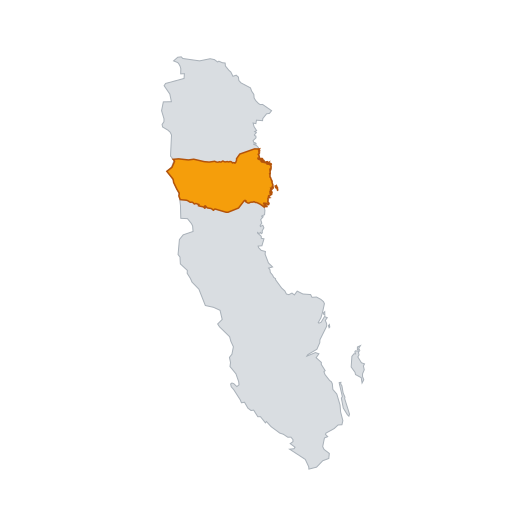 Sweden, with Västerbotten highlighted, rotated 325°
{"feature_id": "SWE-192", "entity_name": "Västerbotten", "entity_type": "County", "adm_level": 1, "iso_a3": "SWE", "parent_name": "Sweden", "parent_adm1": "", "projection": "orthographic", "projection_center": [19.633, 64.883], "detail": "fine", "context": "in_parent", "style": "filled", "palette": "amber", "viewbox_px": 512, "rotation_deg": 325, "n_neighbors": 0, "source": "natural_earth", "source_scale": "10m", "svg_char_len": 9459}
<svg xmlns="http://www.w3.org/2000/svg" viewBox="0 0 512 512"><g transform="rotate(325 256 256)"><path d="M164.6,347.9L165.4,352.0L168.2,351.8L169.7,349.1L172.0,341.0L171.3,331.6L174.0,328.7L176.1,323.8L179.9,322.7L185.4,317.4L186.5,311.4L188.1,307.0L185.5,293.1L185.6,289.7L191.9,288.6L195.4,279.9L191.8,273.7L186.1,267.5L190.2,250.4L188.6,240.7L189.4,236.8L189.7,230.7L191.5,228.4L189.5,219.1L193.1,213.3L193.0,210.1L202.7,198.6L208.5,196.9L218.5,199.8L221.3,195.1L221.7,192.4L221.3,186.1L216.0,182.0L223.1,171.3L228.7,160.8L230.4,150.3L231.9,145.8L231.6,135.4L237.8,134.7L243.6,130.8L243.3,125.1L256.2,108.4L256.7,105.4L256.0,102.3L253.5,96.8L254.5,94.4L257.6,93.2L259.3,90.9L262.0,82.8L268.5,76.6L275.2,81.1L278.3,73.9L278.4,63.8L280.9,62.8L298.9,69.3L301.9,65.6L298.8,63.6L301.8,59.5L302.7,57.0L303.0,54.1L302.8,52.6L300.4,48.9L305.9,48.3L309.0,50.0L309.3,52.2L321.7,63.8L331.6,68.1L334.6,71.3L335.8,75.0L337.3,75.1L339.3,78.4L341.4,80.2L339.9,82.8L340.3,88.3L340.9,90.8L340.2,95.6L343.5,96.5L344.2,99.4L342.6,102.4L343.0,105.6L347.9,115.1L347.0,118.4L346.9,122.4L345.1,125.5L344.9,128.6L345.5,132.5L346.3,134.4L348.3,135.6L352.1,145.9L348.8,146.9L346.2,145.6L340.4,147.3L339.0,148.9L334.3,145.0L331.8,147.5L329.9,145.4L328.6,148.9L328.4,153.7L326.3,153.3L327.1,155.1L324.2,155.8L324.0,156.6L324.7,157.7L323.8,159.2L319.8,159.8L319.3,161.4L320.5,163.2L320.5,164.3L317.9,162.7L319.8,166.0L320.2,168.5L314.8,178.5L316.7,181.0L318.4,186.5L320.1,189.0L319.5,191.6L313.6,197.9L310.4,207.6L302.8,214.0L298.9,215.6L296.2,220.2L293.2,218.8L293.1,221.4L291.2,219.7L289.5,223.7L286.7,227.1L283.7,226.5L283.3,227.1L284.3,228.0L280.7,228.9L279.6,232.4L277.0,233.3L276.5,234.4L279.2,234.7L278.6,237.5L275.5,238.9L274.4,240.7L273.0,240.7L273.3,239.3L271.3,239.3L270.8,237.6L270.4,238.0L271.6,242.8L270.5,244.6L272.4,246.5L266.7,251.0L263.4,249.1L262.9,250.5L263.5,254.4L266.3,257.7L264.5,259.7L262.2,268.8L263.3,274.5L259.4,273.1L259.6,275.2L258.3,277.6L258.6,281.3L258.2,283.6L259.0,285.8L258.4,286.8L258.6,296.9L259.6,301.2L259.1,304.6L260.7,306.5L264.2,307.0L265.1,309.9L269.6,308.4L272.6,314.0L278.6,318.9L278.2,322.0L282.0,324.3L284.2,328.6L285.1,332.1L284.7,334.3L278.5,340.0L273.7,343.9L268.8,346.2L269.0,347.1L271.4,347.6L277.4,344.9L279.0,347.4L275.8,348.5L275.1,351.8L273.7,354.0L260.3,361.3L258.5,363.6L252.4,367.3L241.8,366.5L240.2,367.2L249.3,369.2L251.4,372.2L246.9,373.8L248.5,380.6L247.3,382.2L246.9,389.6L245.3,389.7L244.5,392.7L244.9,400.2L245.6,402.3L245.2,404.5L242.4,409.4L243.0,415.4L239.4,426.2L235.8,432.4L232.7,440.7L229.6,443.5L226.3,441.5L221.1,442.2L211.8,441.2L210.6,441.9L211.1,445.1L207.7,444.3L201.3,450.4L200.8,453.5L202.8,459.8L199.5,463.6L193.2,462.0L184.5,463.7L177.1,460.9L178.3,458.9L179.7,450.9L172.7,433.5L176.6,435.7L178.3,435.0L176.4,429.3L179.8,429.3L181.0,427.5L180.7,424.4L178.1,422.7L176.1,417.6L173.9,414.7L170.5,404.5L169.6,397.6L168.0,398.1L167.5,390.2L165.3,388.7L165.7,380.9L163.3,379.7L162.1,376.0L162.7,369.2L159.9,367.9L160.6,364.7L161.1,352.7L160.7,348.9L161.8,346.3L163.4,346.2L164.6,347.9ZM285.9,393.2L284.5,393.9L283.7,396.1L281.5,397.1L281.1,403.9L283.0,406.6L280.9,407.7L279.4,411.3L275.7,413.6L274.1,415.9L273.3,419.2L270.0,420.9L272.4,416.0L269.5,410.2L270.4,408.1L270.3,401.5L277.0,393.2L280.1,392.3L281.4,393.2L282.0,391.2L283.0,390.7L285.9,393.2ZM241.9,439.2L240.2,440.5L239.8,438.4L240.3,430.6L244.4,421.4L246.1,420.7L251.1,408.2L251.6,407.4L253.1,408.2L252.0,409.3L251.9,411.6L248.8,418.2L247.9,422.6L246.8,423.7L241.9,439.2ZM287.2,390.5L286.9,392.5L285.3,390.9L286.9,388.7L290.1,389.3L287.2,390.5ZM280.4,341.0L278.4,344.0L278.0,342.7L278.4,341.3L280.4,341.0ZM275.7,356.5L274.7,356.7L275.4,354.6L276.8,354.2L275.7,356.5Z" fill="#d9dde1" stroke="#a8b0b8" stroke-width="1"/><path d="M226.3,166.4L226.4,166.1L227.0,163.3L227.3,162.6L227.6,162.1L228.7,161.2L229.2,160.3L229.3,158.9L229.4,157.3L229.5,155.8L230.7,148.6L230.9,148.1L231.9,146.2L232.1,145.6L232.1,144.3L231.5,135.5L238.0,135.2L243.5,131.8L243.7,131.4L243.7,130.8L243.7,129.8L243.6,129.3L248.3,132.0L255.8,138.6L260.5,141.0L267.7,149.0L271.5,152.2L276.3,154.6L276.5,154.7L276.8,155.3L277.4,156.2L278.0,156.9L278.7,157.4L280.1,157.8L280.8,158.7L281.3,159.0L283.1,159.1L283.3,159.2L283.5,159.4L283.9,160.3L284.6,161.2L286.7,162.2L287.4,163.2L288.7,163.6L289.5,164.2L289.8,164.7L290.0,165.2L290.1,166.2L290.3,166.4L290.7,166.4L291.1,166.6L291.8,167.2L291.8,167.6L292.0,167.8L292.3,167.9L292.6,167.8L293.4,167.5L295.0,166.4L295.9,165.1L301.2,163.2L316.2,167.4L319.9,170.1L320.4,170.3L320.1,170.5L319.0,170.5L318.9,170.7L319.0,171.2L319.4,171.8L319.0,172.2L318.9,172.2L318.5,172.0L318.3,172.0L318.2,172.4L317.8,172.9L317.8,173.2L318.0,173.5L317.8,173.7L316.2,173.9L316.1,174.0L316.2,174.6L316.1,174.9L315.9,175.4L315.7,175.6L315.7,176.5L315.5,176.8L315.2,177.1L315.3,177.6L315.1,177.8L314.7,178.0L314.4,178.0L314.2,177.9L314.1,177.6L314.1,177.2L313.8,176.9L313.6,177.0L313.5,177.3L313.4,177.8L313.5,178.1L313.7,178.3L314.1,178.5L314.0,178.9L314.3,179.2L314.5,179.3L315.0,179.3L315.8,179.0L316.7,179.4L317.0,179.7L317.1,180.1L316.9,180.3L316.3,180.2L316.0,180.3L316.3,180.8L316.5,181.2L317.2,181.8L317.2,182.0L316.9,182.0L316.9,182.4L317.1,182.6L317.1,182.8L316.7,182.7L316.1,182.0L315.8,181.8L315.5,181.6L315.2,181.1L314.9,180.8L314.6,180.9L314.5,181.3L314.5,181.8L314.7,182.3L314.9,182.7L315.3,182.8L315.7,182.8L316.1,183.0L316.4,183.5L316.1,183.6L316.2,183.8L316.3,184.2L316.6,184.3L317.0,184.4L317.1,184.5L317.3,185.1L317.5,185.2L317.7,185.7L317.8,185.8L317.9,185.7L318.0,185.5L317.9,185.4L318.0,185.0L318.0,184.7L318.3,184.7L318.6,185.1L318.9,185.7L319.2,185.9L319.3,185.2L319.5,185.3L319.6,186.1L319.8,186.5L320.0,186.7L320.2,186.8L320.5,186.8L320.1,187.1L319.9,187.2L319.7,187.1L319.4,186.5L319.3,186.4L318.7,187.0L318.3,187.2L318.1,186.9L318.1,186.7L317.9,186.6L317.8,186.9L318.0,187.0L318.3,187.6L318.5,187.7L318.8,187.4L319.3,187.3L319.5,187.4L319.5,187.5L319.7,188.3L319.5,188.7L319.6,189.1L319.7,189.3L320.0,189.3L320.1,189.2L320.3,188.8L320.3,188.7L320.9,188.9L320.8,188.4L321.0,188.4L321.1,188.6L321.2,188.9L321.3,189.3L321.2,189.6L320.9,189.6L320.5,190.0L320.2,190.3L319.4,191.8L318.8,192.4L318.6,192.8L318.3,193.1L318.0,192.8L317.7,192.4L317.5,192.1L317.6,192.6L317.5,193.2L317.6,193.3L317.7,193.6L317.2,194.0L316.9,194.1L316.7,194.0L316.6,193.8L314.9,196.6L314.4,196.4L314.3,196.6L314.0,197.5L313.0,198.8L312.7,199.4L312.9,200.0L312.8,200.5L312.3,201.8L312.2,202.4L312.3,202.3L312.3,202.7L312.3,202.8L312.2,202.9L312.2,203.0L312.2,203.7L312.1,204.0L311.9,204.2L311.7,204.5L311.4,204.7L311.2,205.2L310.7,207.2L310.6,207.5L309.9,208.2L309.3,208.2L309.2,208.4L309.1,208.8L309.2,209.0L309.4,209.0L309.7,209.0L309.4,209.7L309.2,210.0L308.8,209.3L308.6,209.1L308.4,209.0L307.7,209.8L307.7,210.2L307.6,210.4L307.4,210.5L307.3,210.3L307.4,210.0L307.4,209.7L307.2,209.5L306.9,209.0L306.2,210.6L306.0,210.9L305.7,210.7L305.7,211.0L305.7,211.6L305.8,212.4L305.7,212.8L305.6,213.1L305.4,213.4L305.3,213.5L305.0,213.4L304.9,213.2L304.9,212.8L305.0,212.3L305.0,212.0L304.8,211.6L304.7,211.3L304.5,211.2L304.4,211.6L304.4,213.5L304.3,214.3L304.1,214.3L303.9,214.1L303.7,213.8L303.7,213.4L303.9,212.6L303.9,212.2L303.9,211.8L303.7,212.2L303.4,212.9L303.3,213.7L303.4,214.4L303.0,214.3L302.1,214.4L301.7,214.6L301.4,214.1L301.1,213.9L300.8,214.0L300.5,214.2L300.3,214.5L300.2,214.9L300.2,215.3L300.5,215.9L299.4,215.4L299.2,215.4L299.0,215.6L298.5,215.9L298.4,216.0L298.2,216.8L297.7,217.3L297.1,217.8L296.7,218.3L296.6,218.6L296.9,219.4L296.9,220.1L296.9,220.3L296.6,220.4L295.9,221.1L295.1,220.8L295.1,220.3L295.1,220.0L295.1,219.7L294.7,219.5L294.8,219.1L294.6,218.9L294.3,218.4L293.6,218.1L293.4,217.9L293.1,217.4L292.8,217.2L292.5,217.2L292.1,217.6L292.4,217.9L292.8,218.0L292.6,218.8L292.7,219.0L293.1,219.1L293.5,219.5L293.1,219.8L292.7,219.9L292.7,220.0L293.3,221.1L293.4,221.3L293.4,221.7L293.3,221.8L293.0,221.6L292.6,221.2L291.4,219.7L291.1,219.5L291.4,220.8L291.1,220.9L290.9,220.6L290.6,220.4L290.6,220.1L289.2,216.1L287.5,213.0L287.0,212.4L286.7,212.1L286.1,211.7L285.9,211.1L285.8,210.7L285.5,210.3L285.2,210.2L284.7,210.2L284.4,210.2L284.1,210.0L283.8,209.6L283.5,209.4L282.9,209.2L282.2,208.8L282.0,208.7L281.0,208.7L280.7,208.6L279.9,208.1L279.7,207.8L279.6,207.7L279.5,207.4L278.7,205.7L278.7,205.4L279.2,205.4L279.3,205.3L279.4,205.1L279.4,204.8L279.2,204.4L278.7,204.0L277.8,204.0L269.2,206.7L258.1,204.1L256.5,202.9L249.9,194.6L249.4,194.1L249.0,193.9L248.5,193.9L247.5,194.2L247.3,194.0L247.1,193.3L246.8,192.1L246.4,191.3L243.9,188.9L243.6,188.3L243.5,187.6L243.4,186.4L243.3,186.0L243.1,185.7L242.5,185.7L242.2,186.5L242.0,187.4L241.6,187.5L241.4,187.4L241.3,186.8L241.3,186.3L241.2,186.1L241.0,185.6L240.7,185.2L238.6,183.0L238.4,182.6L237.9,182.1L237.7,181.8L237.9,181.6L238.7,181.2L238.8,181.1L238.5,180.7L238.2,180.5L237.9,179.9L237.6,179.4L237.4,179.1L236.9,178.6L236.4,178.3L235.6,178.2L235.3,177.9L235.2,177.4L235.0,176.3L234.9,175.8L234.6,175.4L234.4,175.2L233.9,174.8L233.3,174.5L232.9,174.2L232.1,172.3L231.8,171.6L231.6,171.2L230.9,170.3L226.3,166.4ZM312.2,211.2L312.4,211.0L312.8,210.5L313.0,210.4L312.9,210.7L312.9,210.8L312.9,211.0L312.8,211.3L312.8,211.9L312.8,212.2L312.7,212.6L312.3,213.0L312.1,213.0L311.9,213.2L311.8,212.9L312.1,211.4L312.2,211.2ZM311.5,210.7L311.8,209.7L312.3,209.8L312.6,210.4L311.9,211.1L312.0,210.9L311.9,210.5L311.5,210.7ZM312.0,213.7L311.9,214.0L311.6,214.5L311.4,214.5L311.4,214.2L311.9,213.4L311.9,213.5L312.0,213.7Z" fill="#f59e0b" stroke="#b45309" stroke-width="1.5"/></g></svg>